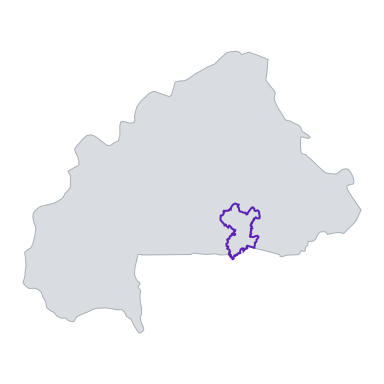 location of Boulgou, Boulgou, Burkina Faso
{"feature_id": "67063806B79770817740465", "entity_name": "Boulgou", "entity_type": "district", "adm_level": 2, "iso_a3": "BFA", "parent_name": "Burkina Faso", "parent_adm1": "Boulgou", "projection": "natural_earth1", "projection_center": [-0.458, 11.461], "detail": "fine", "context": "in_parent", "style": "outline", "palette": "violet", "viewbox_px": 384, "rotation_deg": 0, "n_neighbors": 0, "source": "geoboundaries", "source_scale": "gbopen_adm2", "svg_char_len": 8469}
<svg xmlns="http://www.w3.org/2000/svg" viewBox="0 0 384 384"><path d="M297.5,254.7L286.5,255.2L282.5,256.6L280.1,256.6L280.0,255.4L279.7,254.7L265.8,250.9L256.1,248.6L246.3,246.0L245.7,248.4L244.3,250.0L242.2,250.1L240.7,249.7L239.7,251.5L238.0,254.0L235.8,255.2L233.5,256.6L232.3,258.0L231.4,258.0L229.1,254.9L226.1,254.6L220.5,255.1L218.0,254.3L214.5,253.8L206.4,254.5L193.4,253.2L191.3,253.9L190.7,254.5L177.9,254.6L163.7,254.8L151.9,254.9L141.5,255.0L141.5,254.5L138.2,254.4L137.8,255.5L134.9,267.9L134.5,274.6L136.1,278.8L137.8,281.5L139.8,282.6L140.0,284.1L138.4,286.0L138.5,288.0L140.4,290.1L140.8,292.2L139.9,294.5L140.1,300.0L141.5,308.6L141.5,314.2L140.2,316.7L140.8,321.1L143.3,327.3L143.8,329.9L142.9,331.1L140.8,332.7L138.6,332.7L136.1,328.9L135.0,327.2L133.0,323.5L131.3,319.6L129.0,318.0L126.7,316.4L123.9,311.6L121.3,309.3L118.4,310.0L114.3,309.1L106.0,307.9L97.0,308.2L93.3,309.3L89.6,311.1L80.3,315.0L76.6,316.9L73.8,321.7L70.7,321.6L67.5,320.1L65.5,317.9L61.3,318.3L57.2,316.2L53.2,312.0L50.3,310.6L46.6,307.6L45.6,301.8L43.2,297.7L41.1,292.1L37.9,289.5L34.2,288.2L29.1,288.5L25.7,286.2L23.0,282.9L23.8,280.0L25.0,276.0L25.1,272.1L26.0,265.7L25.5,257.8L24.6,252.2L27.4,249.9L30.7,247.9L32.8,244.1L34.9,235.6L35.8,228.3L35.2,225.6L34.1,223.5L33.3,220.3L32.8,216.5L33.4,213.1L35.9,210.0L39.0,207.4L41.2,206.2L47.1,204.9L54.4,203.0L58.6,200.8L61.7,198.6L63.4,196.9L65.1,193.3L68.0,190.5L70.2,187.8L70.5,180.0L70.5,175.6L68.9,173.2L68.0,171.1L78.9,165.1L78.9,160.8L77.5,156.0L75.4,152.2L74.6,148.9L77.6,145.0L80.3,142.0L82.2,139.5L86.5,135.7L90.9,134.8L94.9,136.2L106.7,145.1L108.7,145.7L111.2,145.0L114.3,142.7L118.4,140.8L119.9,134.8L119.8,126.0L120.7,122.0L122.8,121.3L129.6,123.0L131.4,123.1L133.4,122.5L134.8,121.0L134.7,118.1L134.4,115.6L136.7,107.4L140.7,101.3L148.9,93.7L151.5,92.1L154.4,91.3L169.1,96.6L171.5,95.3L175.1,82.2L179.0,81.0L183.8,80.8L186.9,79.7L188.5,78.7L195.5,73.8L207.7,67.0L214.3,64.2L215.6,63.1L220.4,58.3L226.6,52.8L230.6,51.7L236.2,51.3L239.6,52.2L240.6,53.7L241.7,54.5L248.9,52.2L259.3,55.9L268.2,59.6L267.6,61.9L267.6,66.0L266.8,72.5L265.9,80.2L269.6,85.2L274.1,90.6L275.2,92.7L274.1,98.1L274.9,101.2L277.2,106.4L281.2,113.0L285.3,119.8L288.1,120.7L290.8,121.2L292.5,122.4L294.8,123.6L297.2,124.4L299.3,125.8L300.6,127.3L302.3,131.5L306.9,134.3L310.2,137.0L308.9,138.4L304.9,137.8L301.1,136.6L300.6,138.6L300.5,146.3L301.1,152.7L301.9,153.6L305.7,154.7L314.8,163.0L323.0,170.9L325.7,172.9L330.2,173.7L335.3,174.0L337.5,173.3L342.4,169.4L345.0,168.9L347.4,169.0L348.7,169.7L351.1,172.9L353.3,177.8L353.9,181.4L353.7,183.3L353.0,184.0L349.0,185.0L347.2,185.7L346.8,186.8L347.4,189.2L348.2,190.7L352.6,197.8L359.0,207.3L361.0,209.7L359.9,212.5L356.6,219.9L354.2,223.0L343.6,233.5L338.3,232.3L327.3,234.4L325.7,232.0L323.1,231.7L319.9,232.1L318.8,233.0L318.4,234.0L317.3,235.5L315.3,239.6L313.7,240.7L311.8,241.4L309.4,241.3L308.0,241.8L308.0,243.9L307.5,245.7L305.9,246.6L305.2,248.6L305.4,250.5L304.4,251.4L302.3,251.0L301.1,250.4L300.0,253.0L298.5,254.7L297.5,254.7Z" fill="#d9dde1" stroke="#a8b0b8" stroke-width="1"/><path d="M252.8,207.4L252.1,207.4L251.8,207.7L249.7,210.2L249.2,210.8L248.8,211.5L248.2,212.3L248.1,212.5L247.6,213.2L247.5,213.9L247.4,214.2L246.5,214.4L246.4,214.4L246.3,214.2L245.8,213.1L245.6,212.7L244.6,212.8L243.5,212.6L242.8,212.4L241.5,211.7L240.1,211.6L239.8,211.4L239.5,211.0L239.2,210.0L239.1,209.9L239.0,209.0L238.9,208.7L238.9,208.1L238.8,207.8L237.6,206.5L237.7,206.2L238.6,205.2L238.7,204.9L238.7,204.6L238.0,204.5L237.6,204.5L235.6,203.7L235.0,203.6L234.7,203.7L234.3,203.9L233.7,204.2L232.7,205.1L232.0,205.9L231.7,206.5L231.3,207.1L231.1,207.4L231.1,207.7L231.0,207.9L231.0,208.1L230.9,208.4L230.9,208.5L230.7,208.6L230.7,208.8L230.6,208.7L230.2,208.8L230.1,209.3L229.7,209.5L229.6,209.9L229.4,209.9L229.2,210.2L228.8,210.0L228.5,210.0L228.3,210.3L228.3,210.5L227.8,210.8L223.8,210.8L223.7,211.5L223.5,211.9L223.9,212.1L224.1,212.1L224.0,212.3L223.9,212.7L223.8,213.3L223.0,214.7L222.8,214.9L222.5,215.2L222.1,215.2L221.7,215.5L221.1,215.4L220.8,215.5L220.7,215.6L220.5,220.0L221.7,221.5L222.8,222.6L223.0,222.9L224.2,224.2L224.2,224.3L224.3,224.3L224.5,224.4L224.6,224.6L224.8,224.6L224.8,224.8L224.9,224.7L225.2,224.8L225.3,224.7L225.4,224.8L225.5,224.8L225.6,225.0L226.0,225.0L226.1,225.7L226.2,225.9L227.1,226.5L227.6,227.0L227.8,227.2L228.2,227.2L228.3,227.4L228.6,226.9L228.7,226.5L229.0,226.0L229.2,225.6L229.5,225.7L230.2,226.2L230.7,226.8L231.1,227.4L231.3,227.9L231.4,228.2L231.9,228.5L232.3,228.6L232.6,229.0L233.3,229.3L233.6,229.3L233.7,229.5L233.7,229.8L234.1,229.8L234.7,230.3L234.9,230.3L235.2,230.2L235.2,230.3L235.2,230.5L234.9,231.3L234.7,231.4L234.3,231.5L233.6,232.4L233.7,232.7L234.0,233.1L234.2,233.5L234.4,234.4L234.6,234.5L235.1,234.3L235.1,234.5L235.0,234.8L234.7,235.0L234.4,235.1L234.1,235.0L233.6,234.8L233.6,234.7L233.3,234.5L233.1,234.0L232.8,233.8L232.4,233.6L232.1,233.7L231.9,233.8L231.8,234.3L231.9,235.0L231.8,235.3L231.1,235.9L230.5,235.9L230.3,236.0L230.0,236.4L229.7,236.8L229.7,237.7L229.5,238.4L229.2,238.8L228.4,238.8L227.9,238.9L227.7,239.2L227.6,239.3L227.4,239.4L227.2,239.8L227.2,240.1L227.3,240.3L227.7,240.7L227.9,241.0L228.1,241.8L228.0,242.1L227.7,242.4L227.5,243.1L226.8,243.5L226.4,244.0L226.5,244.2L226.4,244.5L226.5,244.7L226.5,244.9L226.6,245.1L226.7,245.3L226.6,246.0L226.7,246.3L226.9,246.4L227.1,246.5L227.3,246.5L227.6,246.3L227.8,246.4L228.1,246.5L228.0,246.8L228.2,247.0L228.0,247.4L227.9,247.5L227.7,247.9L227.7,248.2L227.4,248.5L227.6,248.7L227.6,249.0L228.0,249.1L228.5,249.2L229.0,249.5L229.3,249.7L229.5,250.0L229.6,250.9L229.9,251.3L230.0,251.5L229.9,251.7L230.0,251.9L229.9,252.1L229.7,252.2L229.4,252.0L229.2,252.9L229.2,253.0L228.9,253.6L229.0,254.1L229.1,254.3L229.3,254.3L229.4,254.2L229.5,253.8L229.7,253.7L230.0,254.1L229.9,254.6L229.7,254.8L229.6,255.0L229.6,255.3L229.9,255.6L230.1,255.5L230.2,255.2L230.4,255.2L230.5,255.3L231.0,255.3L231.0,255.6L230.9,255.8L230.6,255.9L230.4,256.1L230.3,256.5L230.7,256.9L230.8,256.6L231.0,256.4L231.2,256.6L231.3,256.8L231.2,257.1L231.3,257.2L231.7,257.3L232.0,257.4L232.2,257.9L232.5,259.2L233.0,259.1L233.6,258.7L233.6,257.8L233.6,257.2L234.0,256.3L234.3,255.7L234.7,255.3L235.2,255.3L235.5,255.7L236.2,254.8L236.5,255.1L236.9,255.1L237.1,255.0L237.4,254.7L237.6,253.9L238.1,253.6L238.4,253.1L238.7,253.1L239.6,253.4L240.4,252.9L240.1,251.6L240.2,251.0L240.5,250.1L240.6,249.5L242.0,248.4L242.3,248.3L242.7,248.6L243.0,248.6L242.8,248.9L242.9,249.3L243.1,249.7L243.1,250.1L243.6,250.8L243.6,251.0L243.7,250.9L243.8,250.5L243.9,250.4L244.1,250.3L244.3,250.2L244.5,249.3L244.6,249.2L245.0,249.0L245.5,249.0L245.7,248.8L246.7,248.6L247.3,248.3L247.3,247.7L247.1,247.5L246.7,247.4L246.6,247.2L246.7,246.8L246.9,246.9L247.0,246.6L247.1,245.9L247.4,245.7L253.5,247.6L254.4,247.8L254.5,247.3L254.4,246.4L254.7,245.5L254.9,244.4L255.1,243.4L254.9,242.8L254.9,242.6L255.1,242.4L255.8,242.2L256.1,242.0L256.2,241.9L256.5,241.1L256.5,240.4L256.5,239.8L256.8,239.4L257.6,238.5L257.8,238.0L258.2,237.6L258.4,237.1L258.4,236.7L257.6,236.1L257.4,235.8L257.2,235.8L255.3,236.2L254.3,236.6L253.9,237.0L253.4,237.0L252.3,237.0L251.6,236.6L250.7,236.9L250.2,236.9L250.0,236.6L250.0,236.1L250.1,235.6L250.2,235.1L250.2,234.7L250.3,234.6L250.6,234.7L250.7,234.3L250.7,234.1L251.1,233.8L251.3,233.5L251.3,233.4L251.2,233.3L251.0,233.0L250.6,232.8L250.5,232.5L250.6,231.8L250.7,231.6L251.0,231.3L251.2,230.8L251.1,230.5L251.2,230.3L251.0,230.1L251.0,229.7L251.3,229.3L251.4,229.2L251.5,229.1L251.4,229.1L250.9,228.5L251.0,228.3L251.2,228.1L251.6,228.0L251.6,227.9L251.7,227.4L251.8,227.2L251.9,227.3L252.0,227.2L252.1,226.8L251.7,226.4L250.9,226.0L251.0,225.7L250.9,225.5L250.7,225.3L250.7,225.1L250.9,224.4L251.0,224.4L251.1,224.2L251.4,224.2L251.5,224.0L251.4,224.0L251.4,223.7L251.7,223.7L251.9,223.4L252.1,223.2L251.9,222.7L252.0,222.6L252.2,222.4L252.2,221.9L252.6,221.7L252.8,221.5L253.0,221.4L253.1,221.2L253.1,220.7L253.4,220.4L253.4,220.1L253.7,219.6L253.8,219.6L253.7,219.3L253.9,219.2L253.9,218.9L254.1,218.8L254.2,218.5L254.3,218.5L254.5,218.8L254.6,218.6L254.8,218.5L255.0,218.2L255.3,218.0L255.5,217.7L255.8,217.4L256.2,217.6L256.5,217.9L257.3,218.4L258.9,218.3L259.3,218.3L259.7,217.1L259.6,216.1L259.1,213.2L259.0,211.8L258.8,211.7L258.6,211.3L258.2,210.8L257.8,210.5L257.4,210.4L257.1,210.4L255.7,211.0L254.5,210.5L254.4,210.4L254.4,210.2L254.3,209.4L254.3,209.0L254.3,208.7L253.9,208.2L253.1,208.0L252.9,207.9L252.8,207.4Z" fill="none" stroke="#5b21b6" stroke-width="2"/></svg>